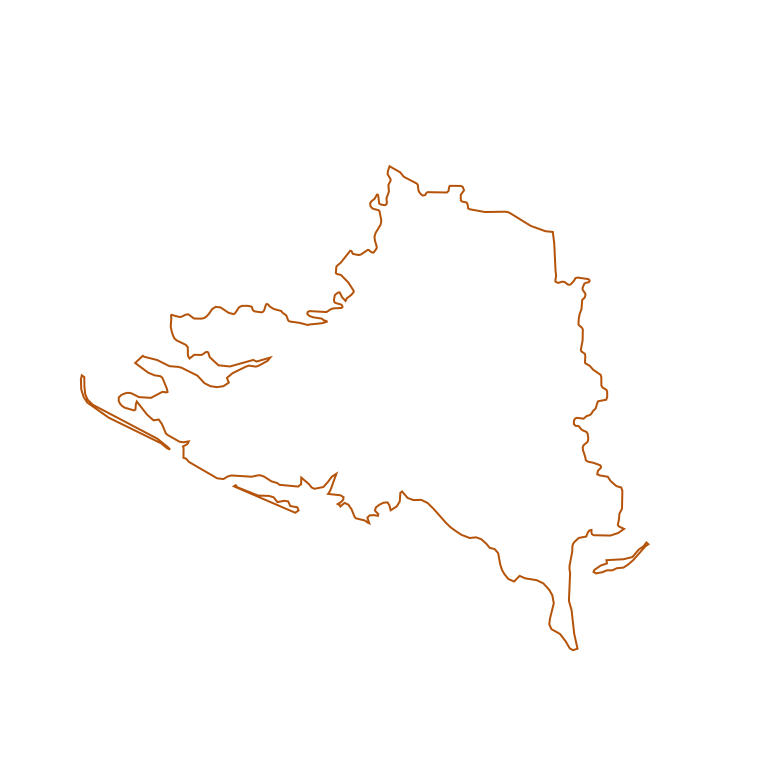 an SVG outline of Kherson, rotated 14°
{"feature_id": "UKR-4827", "entity_name": "Kherson", "entity_type": "state/province", "adm_level": 1, "iso_a3": "UKR", "parent_name": "Ukraine", "parent_adm1": "", "projection": "mercator", "projection_center": [33.493, 46.65], "detail": "fine", "context": "isolated", "style": "outline", "palette": "amber", "viewbox_px": 768, "rotation_deg": 14, "n_neighbors": 0, "source": "natural_earth", "source_scale": "10m", "svg_char_len": 6161}
<svg xmlns="http://www.w3.org/2000/svg" viewBox="0 0 768 768"><g transform="rotate(14 384 384)"><path d="M635.8,594.0L631.7,596.6L628.1,595.5L622.6,589.8L615.3,584.0L605.8,581.4L602.5,577.2L601.8,571.5L601.8,555.7L598.5,548.4L594.1,543.7L586.8,538.9L579.5,537.4L568.2,538.4L562.0,537.4L558.0,544.2L551.8,543.1L547.0,539.5L543.4,535.8L540.5,531.1L535.7,520.5L531.3,517.4L526.2,517.4L521.9,514.2L516.0,511.1L510.5,510.5L504.3,512.7L495.6,511.6L489.7,509.5L483.2,506.9L477.7,503.7L462.4,493.2L455.1,488.9L448.1,487.4L440.8,489.5L434.6,488.9L427.5,483.9L426.2,485.7L427.7,494.1L426.0,499.7L421.0,504.9L418.6,500.4L416.0,498.0L412.1,499.4L408.7,502.3L406.0,505.7L405.8,509.0L410.0,511.7L410.0,513.4L405.8,513.7L401.8,515.0L400.2,517.8L403.4,522.7L401.9,522.5L398.6,521.1L389.0,521.1L387.6,520.0L382.8,513.4L378.6,509.7L374.5,508.9L371.3,513.4L370.5,512.3L368.1,511.7L370.7,509.2L372.4,506.1L372.1,503.6L368.6,502.5L356.3,504.2L357.4,501.2L357.9,498.3L359.5,482.6L355.8,486.6L353.2,492.8L350.1,498.6L341.9,502.5L338.8,501.9L335.5,499.4L326.4,494.8L327.8,501.3L325.5,504.3L306.9,507.1L304.3,505.9L298.4,505.7L289.8,502.8L286.1,502.5L283.8,503.1L278.0,506.0L258.3,509.6L255.0,511.3L251.3,515.0L245.0,515.9L213.6,506.8L210.1,504.3L207.3,504.2L205.0,494.6L204.1,493.2L207.1,490.5L208.0,489.1L208.4,486.9L203.7,489.0L199.6,489.5L186.4,485.8L184.3,484.7L178.4,476.8L174.1,473.0L169.1,475.0L161.3,470.9L148.4,460.8L148.1,463.4L149.0,469.0L147.9,470.1L138.0,469.7L135.2,468.7L132.8,467.1L130.7,464.7L129.9,461.2L131.8,458.2L134.9,455.8L137.6,454.5L140.8,454.1L149.5,456.0L161.3,453.8L170.9,445.2L174.9,444.8L175.9,444.1L174.6,441.3L167.5,431.6L165.0,430.5L159.2,431.1L152.3,430.0L137.5,423.8L143.1,415.0L144.6,415.6L158.0,415.6L171.5,418.6L180.5,417.1L183.7,417.2L200.9,421.0L209.5,426.6L215.9,428.1L222.7,427.5L228.8,424.9L233.1,420.2L230.1,416.1L234.4,410.2L245.4,400.9L248.3,398.9L255.6,398.1L258.3,396.3L265.4,389.7L267.2,385.9L255.0,393.0L251.3,392.3L230.2,404.3L218.8,405.9L208.4,400.1L206.0,396.2L205.1,395.6L203.3,396.2L200.7,399.4L199.3,400.1L192.8,401.6L189.2,406.3L186.9,404.0L184.7,395.7L182.1,393.9L172.4,391.9L169.8,390.6L167.7,388.2L165.2,384.2L163.1,379.7L161.7,371.5L160.8,369.4L161.0,368.3L168.9,368.5L171.3,367.7L175.2,364.4L177.5,363.8L183.8,366.4L190.5,364.9L193.1,363.8L195.3,361.7L197.2,358.1L199.2,352.8L202.0,349.9L206.8,349.2L215.9,352.5L221.2,352.6L222.4,351.3L224.8,344.6L227.2,342.6L232.4,341.2L235.8,340.9L237.3,341.3L238.7,343.9L239.7,344.5L241.3,344.8L248.0,344.1L249.3,343.0L249.9,341.5L250.2,336.0L250.5,335.0L251.1,334.7L252.6,335.0L254.3,336.4L259.0,337.9L266.5,338.0L268.3,339.4L272.5,341.0L275.5,345.3L277.1,346.2L287.2,345.1L295.8,345.2L297.0,344.4L309.2,340.0L313.4,337.5L313.1,336.9L310.1,336.7L307.6,335.6L299.2,336.4L295.5,336.1L293.1,335.0L292.6,334.4L292.5,332.8L294.0,331.3L310.8,328.1L314.3,324.3L316.3,323.0L324.3,320.5L325.1,319.6L324.9,318.8L323.5,317.3L317.4,317.1L316.0,316.5L315.1,314.4L314.8,310.2L315.1,309.1L317.3,306.4L318.8,305.8L322.4,310.0L326.6,312.7L327.2,309.8L330.4,305.9L332.3,302.3L332.0,300.9L324.8,294.1L315.8,288.6L311.8,288.7L310.5,288.1L309.4,282.1L309.9,280.5L312.7,276.7L319.0,262.9L320.3,262.9L322.4,265.3L328.3,265.0L330.3,263.9L335.8,257.8L336.7,257.6L339.4,259.0L341.6,259.3L342.2,258.8L344.0,254.3L343.8,252.7L340.4,246.8L339.1,243.2L339.3,239.5L342.1,230.5L342.1,227.8L341.6,225.4L337.7,217.2L336.4,216.7L331.1,216.6L329.4,216.0L327.7,214.5L326.8,211.7L327.6,209.8L330.1,206.5L331.3,202.0L331.9,201.7L332.8,202.5L335.5,209.7L336.0,210.2L337.7,210.6L340.7,210.4L342.1,210.0L343.0,208.5L342.8,206.9L341.5,203.3L342.2,195.9L340.1,189.9L341.2,185.1L340.8,183.7L336.7,179.5L336.3,176.2L336.7,171.4L348.6,174.7L352.9,178.1L367.0,181.5L368.5,182.4L370.7,188.1L373.2,190.5L375.8,191.8L378.2,190.8L378.9,188.3L379.9,187.3L398.6,183.0L399.9,181.1L399.6,177.0L400.0,175.8L410.7,173.2L412.7,173.7L414.8,176.7L412.7,181.9L414.1,187.2L415.7,188.1L420.3,187.9L421.7,189.6L423.2,193.3L425.1,193.7L440.4,192.7L460.3,187.4L463.7,187.3L488.2,195.1L503.7,196.7L511.0,195.6L515.2,206.5L523.0,232.5L524.5,236.4L525.0,238.3L525.1,241.7L525.8,243.3L528.5,243.8L532.4,241.5L534.4,241.3L538.3,243.0L540.0,242.9L541.1,242.0L543.2,238.3L544.2,235.0L544.8,234.5L546.2,233.9L556.8,232.8L558.3,233.6L558.6,234.3L558.0,235.7L555.2,237.1L554.1,238.3L553.4,242.9L554.1,244.7L557.4,247.5L558.0,249.2L557.7,252.0L556.6,253.3L556.0,254.7L557.5,263.5L556.9,269.1L557.2,273.4L558.0,278.1L558.8,279.8L562.3,281.4L563.7,282.9L566.2,293.8L566.7,303.2L567.6,304.6L571.7,306.2L572.6,308.2L573.6,313.7L574.3,315.2L579.2,316.6L583.8,319.7L592.0,322.7L593.2,324.8L595.3,332.9L597.0,334.6L601.2,335.8L602.4,337.4L603.7,342.6L603.4,345.5L596.0,348.9L595.6,350.5L595.3,356.6L593.5,359.3L592.3,362.9L591.4,364.2L588.3,366.2L586.0,369.4L579.5,370.1L577.7,371.4L577.2,373.6L577.9,377.0L580.1,378.3L582.5,377.7L583.5,378.0L586.1,380.1L588.4,381.0L592.0,381.5L593.7,383.1L595.3,387.2L595.6,389.6L595.3,391.3L592.5,395.0L592.1,397.5L593.2,400.2L597.0,406.3L598.3,409.2L600.5,410.0L605.9,409.8L613.3,410.5L614.6,411.6L614.6,413.0L612.6,416.3L612.7,420.0L615.4,420.5L623.6,419.9L627.2,423.2L633.0,426.3L634.7,426.9L639.2,427.0L641.1,429.9L645.1,447.4L643.8,452.8L644.8,459.1L644.9,464.0L646.4,465.4L652.0,466.5L647.3,471.9L640.3,476.3L624.0,480.0L622.1,479.4L621.2,478.0L620.6,475.4L618.9,476.3L617.8,478.3L617.1,483.1L610.3,486.2L607.0,491.1L606.2,493.2L606.0,495.6L607.2,501.1L608.0,515.5L608.8,518.8L610.3,522.4L615.9,549.7L620.7,558.1L629.0,580.4L635.8,594.0ZM679.3,475.5L676.8,478.4L668.3,494.8L664.4,500.3L660.8,504.2L654.5,506.4L650.6,509.6L645.3,510.9L641.6,513.7L635.5,516.5L632.7,515.6L633.2,513.4L638.2,507.7L643.7,504.2L642.5,501.1L658.8,496.1L666.9,491.8L671.2,483.1L674.9,478.9L677.0,474.3L679.3,475.5ZM106.5,474.6L177.3,491.9L190.2,497.9L192.3,499.4L188.8,498.7L182.2,495.5L125.1,483.3L100.6,473.8L95.7,469.3L91.5,462.4L88.8,452.9L88.7,448.7L91.5,449.8L94.1,459.5L96.6,466.2L100.2,470.9L106.5,474.6ZM319.4,521.1L322.6,525.1L329.7,524.6L331.7,527.4L329.0,530.4L263.1,519.6L264.3,518.2L265.0,518.2L266.3,519.6L288.8,522.7L299.5,520.4L304.2,520.6L309.2,524.4L315.6,521.4L319.4,521.1Z" fill="none" stroke="#b45309" stroke-width="2"/></g></svg>